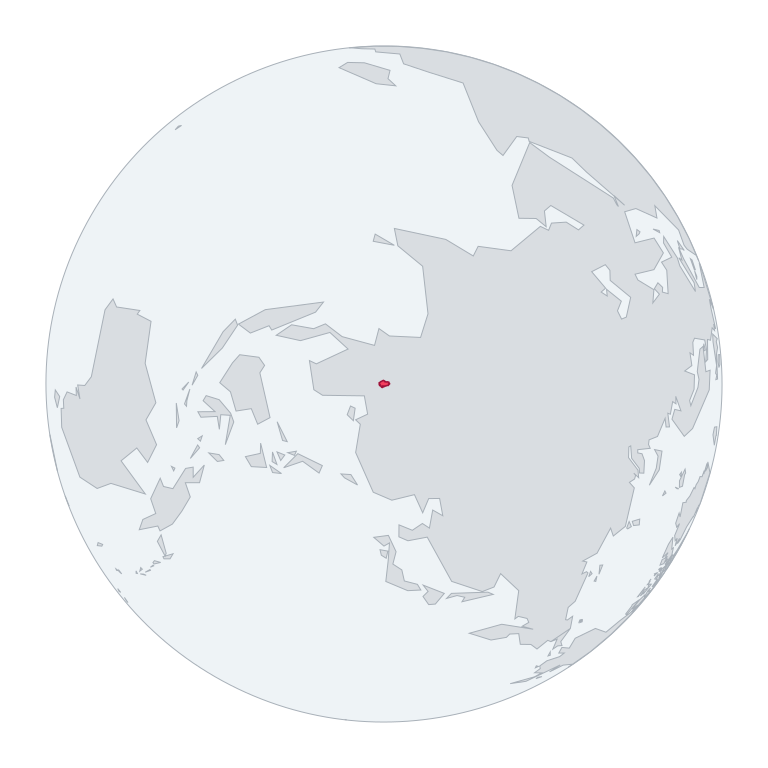 globe centered on Phôngsali, rotated 120°
{"feature_id": "LAO-3291", "entity_name": "Phôngsali", "entity_type": "Province", "adm_level": 1, "iso_a3": "LAO", "parent_name": "Laos", "parent_adm1": "", "projection": "orthographic", "projection_center": [102.249, 21.683], "detail": "medium", "context": "on_globe", "style": "filled", "palette": "rose", "viewbox_px": 768, "rotation_deg": 120, "n_neighbors": 0, "source": "natural_earth", "source_scale": "10m", "svg_char_len": 12114}
<svg xmlns="http://www.w3.org/2000/svg" viewBox="0 0 768 768"><g transform="rotate(120 384 384)"><circle cx="384" cy="384" r="338" fill="#eef3f6" stroke="#a8b0b8"/><path d="M701.3,496.4L700.7,498.4L700.5,498.9L701.3,496.4ZM537.2,82.8L532.5,80.8L537.9,88.3L550.5,96.7L539.2,90.9L570.5,112.4L580.4,124.9L562.4,107.3L555.4,103.1L558.8,109.2L552.3,106.4L550.2,108.1L542.2,104.5L532.3,95.6L526.9,93.4L529.6,98.1L523.2,98.2L520.1,91.5L508.6,91.3L490.0,78.7L488.0,67.7L471.0,61.4L451.2,53.0L446.3,52.3L435.7,50.1L426.0,48.8L425.1,48.6L418.3,47.9L420.9,48.5L418.8,48.6L413.4,48.2L411.3,47.5L413.7,47.6L410.2,47.2L411.5,47.2L407.8,47.0L406.6,46.8L433.7,49.8L460.5,54.9L486.8,62.1L512.5,71.4L537.2,82.8ZM403.9,46.7L399.7,46.6L391.4,46.2L391.7,46.2L403.9,46.7ZM694.3,250.3L694.2,250.0L693.5,248.4L694.3,250.3ZM561.0,104.1L558.4,100.9L563.2,105.1L561.0,104.1ZM551.3,109.0L554.1,111.0L551.9,111.2L551.3,109.0ZM537.5,106.0L532.9,106.1L535.8,104.4L537.5,106.0ZM529.2,105.2L518.4,106.5L523.7,110.7L502.5,100.4L518.7,102.1L521.5,99.1L524.0,102.7L529.2,105.2ZM424.1,48.9L421.0,48.3L428.6,49.4L424.1,48.9ZM429.5,49.7L455.9,54.6L457.8,56.0L448.6,53.7L455.0,56.6L443.0,54.7L436.7,52.8L437.9,52.1L432.4,52.1L429.5,49.7ZM492.6,95.0L488.5,94.4L490.9,93.5L492.6,95.0ZM418.6,48.8L423.7,49.4L425.7,50.5L415.7,49.6L418.3,49.5L418.6,48.8ZM462.6,58.6L462.4,59.7L452.5,58.4L451.1,58.7L442.9,54.9L462.6,58.6ZM415.1,49.0L410.6,49.3L404.8,48.5L413.7,48.4L415.1,49.0ZM430.4,51.3L430.9,52.0L427.4,51.2L430.4,51.3ZM381.4,47.1L387.5,47.1L389.1,47.6L381.4,47.1ZM409.4,49.5L411.4,49.7L412.7,50.1L408.6,50.2L409.4,49.5ZM436.5,54.5L432.4,54.0L439.4,56.0L432.3,55.6L428.1,53.3L426.9,54.1L424.7,54.1L423.7,52.4L436.5,54.5ZM408.4,51.6L400.7,49.4L388.9,48.9L387.2,48.3L406.4,49.3L408.4,51.6ZM417.5,52.1L411.5,51.6L412.4,50.8L417.1,50.7L417.5,52.1ZM429.0,56.3L440.9,57.5L441.4,58.0L429.0,56.3ZM404.8,51.5L406.8,52.1L403.9,51.6L404.8,51.5ZM421.4,54.9L425.5,55.1L426.0,55.6L421.4,54.9ZM407.2,53.4L404.7,52.5L407.8,52.3L407.2,53.4ZM413.6,54.2L413.2,54.9L410.4,52.7L415.3,54.1L413.6,54.2ZM421.1,55.4L422.7,55.8L419.3,55.2L421.1,55.4ZM397.0,55.3L392.8,52.5L399.6,51.8L402.8,54.4L397.0,55.3ZM120.2,172.8L116.5,177.7L115.7,188.8L113.8,193.5L103.3,205.9L94.2,238.6L103.8,230.6L106.1,253.6L114.5,261.7L136.2,237.2L122.6,223.1L130.8,207.6L150.0,207.4L163.4,221.5L167.0,216.1L167.4,197.4L179.4,191.7L168.5,190.4L166.3,197.5L159.4,197.4L161.0,191.0L165.2,188.9L163.7,183.1L144.1,196.0L139.7,204.6L130.3,198.2L122.1,212.4L116.4,215.5L128.1,193.0L133.8,186.9L148.2,160.5L141.3,166.0L127.3,191.8L127.7,188.0L118.3,197.3L125.7,187.2L142.8,159.2L140.3,155.0L121.5,171.6L122.8,169.6L153.6,136.8L154.4,136.1L147.9,144.6L155.8,137.9L170.5,124.3L167.2,128.5L172.4,124.5L171.3,127.9L182.8,123.1L183.7,126.1L200.9,115.9L203.7,116.5L192.7,122.1L185.5,128.3L189.1,138.0L193.5,137.4L204.4,130.3L204.0,134.6L214.1,126.6L222.4,130.1L220.8,119.7L233.6,112.8L245.5,111.1L249.4,107.4L230.0,110.4L222.5,113.5L216.6,118.9L195.9,127.8L191.9,126.5L212.4,111.4L209.0,108.5L226.5,99.4L268.3,94.5L279.2,97.8L270.5,117.0L260.6,119.5L258.8,113.4L248.8,125.2L255.2,121.2L254.9,125.2L267.0,120.9L267.4,123.6L278.4,115.3L280.2,118.2L273.2,123.4L292.7,120.9L299.8,126.5L304.1,124.7L306.6,121.3L314.0,131.4L316.8,129.8L315.4,125.7L320.1,120.1L331.3,114.4L333.3,118.2L329.5,120.7L324.5,132.4L314.2,139.4L316.1,140.5L325.5,135.4L331.6,121.0L337.8,116.6L336.3,123.1L337.3,120.4L341.0,119.5L346.5,122.3L348.8,115.3L386.6,103.8L401.0,109.4L395.5,115.7L424.0,114.9L438.0,123.4L436.7,119.3L449.5,117.6L445.3,114.8L445.6,112.9L476.6,109.8L485.4,112.8L497.3,108.9L496.7,107.2L490.8,104.5L502.5,100.4L523.7,110.7L524.1,114.0L537.0,119.0L536.1,126.5L541.3,135.8L532.8,142.5L537.7,150.1L542.2,151.3L552.2,163.3L557.2,185.5L533.2,161.9L521.8,132.2L524.7,143.2L518.1,139.4L515.5,142.9L518.1,151.5L522.0,153.2L495.6,164.0L489.9,188.2L504.8,187.2L514.6,195.1L521.1,226.7L495.0,270.0L507.8,284.9L508.9,294.7L498.5,300.6L496.5,286.3L485.6,281.0L486.1,272.6L468.8,278.8L468.7,267.2L455.3,278.6L460.9,288.0L476.2,286.1L464.6,302.3L480.7,319.1L483.1,339.2L457.5,374.3L430.7,384.4L429.2,390.7L418.3,383.1L404.1,395.1L424.5,431.6L424.0,441.9L401.0,460.3L400.4,452.7L371.7,432.6L366.4,456.6L388.2,478.0L395.7,501.7L378.9,493.6L371.3,472.6L361.2,464.8L363.9,443.9L355.3,411.5L338.5,416.1L339.7,403.3L325.4,375.6L301.2,381.0L262.7,409.4L257.4,441.1L244.1,452.8L227.9,402.8L228.5,370.7L217.7,371.3L205.1,340.6L169.3,327.4L168.6,318.3L160.9,319.4L152.7,307.1L153.3,292.6L146.4,290.3L146.0,328.8L153.9,331.6L166.7,322.2L164.6,335.0L173.0,350.0L148.0,372.4L102.1,378.5L104.9,353.9L108.3,278.3L112.3,272.1L112.6,271.3L113.1,269.7L105.8,279.1L108.9,265.0L99.2,314.6L94.3,334.2L101.3,379.6L98.8,382.1L103.3,392.8L126.6,395.2L125.2,402.9L109.6,433.2L83.8,466.0L91.5,500.7L96.9,527.1L90.3,535.3L100.5,557.2L98.5,559.4L104.8,570.9L108.6,579.1L110.3,582.2L96.7,561.9L84.6,540.7L74.1,518.6L65.1,495.9L57.9,472.6L52.3,448.8L48.5,424.6L46.5,400.3L46.2,375.8L47.7,351.4L50.9,327.2L55.9,303.3L62.6,279.8L70.9,256.8L80.9,234.5L92.5,213.0L105.6,192.4L120.2,172.8ZM170.0,252.0L182.9,260.3L190.2,240.0L195.8,241.9L196.2,234.7L190.7,238.6L193.6,219.9L203.9,218.4L209.0,210.7L204.9,207.6L185.6,213.7L181.2,239.9L172.6,245.2L170.0,252.0ZM202.3,102.2L197.5,105.9L191.6,109.2L190.6,108.0L199.2,102.8L202.3,102.2ZM192.3,110.8L212.9,97.6L214.3,98.8L210.0,100.2L208.9,102.2L201.7,105.2L182.9,120.2L176.4,124.3L178.1,118.1L181.1,117.5L185.6,113.4L192.3,110.8ZM263.0,70.6L271.9,67.3L263.5,73.7L256.1,76.2L254.6,74.4L262.5,70.4L263.0,70.6ZM375.4,46.2L386.4,46.3L405.5,47.1L406.2,47.8L401.7,48.1L397.2,48.0L398.2,47.4L391.5,47.7L389.4,46.9L384.1,47.1L361.5,46.9L364.9,46.6L356.4,47.2L375.4,46.2ZM328.3,50.7L331.2,50.3L331.6,50.8L337.9,49.6L339.9,49.8L334.1,50.7L344.3,49.5L344.4,50.0L356.3,50.5L370.9,49.6L375.6,50.1L369.9,50.8L378.6,51.0L371.0,52.9L374.2,53.5L369.9,56.5L357.1,58.2L361.7,58.9L358.7,61.8L348.2,63.9L351.1,61.1L337.4,65.8L335.3,63.2L333.8,63.9L328.1,63.1L318.6,63.7L319.2,62.4L315.2,63.3L311.3,63.1L306.1,64.0L305.3,62.2L298.8,63.4L302.1,62.0L291.2,64.6L299.0,62.0L294.7,62.1L289.5,64.6L297.7,57.5L296.2,57.7L328.3,50.7ZM395.4,56.0L380.6,57.5L372.1,57.2L383.1,52.3L381.2,51.5L388.0,49.3L400.1,50.1L397.0,50.5L396.9,51.2L393.2,50.7L396.1,51.7L392.0,52.5L393.1,53.7L388.0,53.7L395.4,56.0ZM118.2,190.7L117.9,193.1L119.0,195.3L113.1,201.7L118.2,190.7ZM129.4,171.5L130.1,172.1L122.3,181.3L122.6,179.2L129.4,171.5ZM137.2,165.3L130.8,171.5L134.4,166.9L137.2,165.3ZM194.0,122.7L195.6,123.5L193.1,125.4L189.2,127.2L194.0,122.7ZM307.2,80.7L310.2,78.3L312.3,78.3L323.3,74.4L325.8,76.5L320.1,79.7L307.2,80.7ZM130.1,239.4L123.8,242.2L124.2,238.4L126.3,238.1L130.1,239.4ZM115.1,220.9L115.3,228.5L113.5,222.5L115.1,220.9ZM311.7,82.3L316.0,80.3L314.6,82.7L311.7,82.3ZM328.2,77.9L327.7,80.3L327.4,76.3L328.2,77.9ZM261.3,688.6L268.3,692.0L263.5,691.0L261.3,688.6ZM127.9,541.0L132.5,581.1L123.7,576.3L115.6,561.5L109.4,535.6L117.6,533.2L119.9,522.9L127.9,541.0ZM479.9,554.1L489.7,555.0L489.3,556.4L479.9,554.1ZM469.6,549.6L481.0,549.6L467.5,552.7L469.6,549.6ZM485.4,549.6L497.0,546.4L502.0,543.9L501.0,546.8L485.4,549.6ZM461.8,549.8L419.2,549.5L402.2,545.2L406.3,540.2L433.7,542.0L461.8,549.8ZM404.9,540.0L379.0,524.0L343.3,477.4L356.0,479.2L393.4,508.2L391.0,512.7L406.7,525.2L404.9,540.0ZM467.5,513.1L465.0,526.9L441.5,525.8L430.8,523.6L423.4,505.7L427.6,496.7L436.4,497.1L470.1,465.9L482.0,473.3L471.7,486.6L481.4,498.6L467.5,513.1ZM258.7,444.4L265.8,464.7L258.6,466.6L258.7,444.4ZM483.6,443.6L470.1,457.7L482.3,439.0L483.6,443.6ZM490.6,425.9L491.6,433.0L486.0,426.3L490.6,425.9ZM429.0,400.5L419.8,402.0L419.4,396.9L431.1,392.2L429.0,400.5ZM484.7,356.4L485.0,371.2L483.4,376.3L479.0,367.4L484.7,356.4ZM339.0,103.6L320.8,106.1L309.4,110.6L305.5,116.9L303.1,109.7L320.8,102.7L339.0,103.6ZM380.5,103.0L383.8,98.5L387.6,100.5L387.4,101.8L380.5,103.0ZM378.8,100.3L373.1,95.0L378.4,92.5L381.8,97.1L378.8,100.3ZM341.7,86.9L336.2,87.3L337.5,85.2L341.7,86.9ZM597.1,646.2L594.9,648.0L622.6,623.3L597.1,646.2ZM553.5,665.7L557.0,658.6L567.9,655.0L560.2,662.6L553.5,665.7ZM640.3,604.2L647.1,595.6L642.4,601.7L640.3,604.2ZM524.0,641.1L459.2,662.7L445.8,661.2L451.0,654.1L442.4,632.2L446.9,632.6L446.2,617.1L485.5,601.2L514.3,572.2L534.1,572.2L550.3,550.6L570.1,549.5L563.0,566.1L582.0,573.3L598.6,535.7L606.6,570.8L617.9,580.2L616.7,600.8L582.6,641.5L566.6,651.4L565.1,649.2L558.0,653.8L549.3,654.5L547.8,644.7L540.6,649.2L549.0,639.8L538.0,648.8L534.9,642.4L524.0,641.1ZM663.6,547.4L665.5,547.3L667.3,551.5L664.3,552.3L663.6,547.4ZM696.1,507.8L696.0,509.9L694.3,512.3L696.1,507.8ZM700.5,498.9L698.6,502.1L701.3,496.4L700.5,498.9ZM678.5,520.8L679.1,522.5L678.1,523.8L678.5,520.8ZM677.8,520.5L679.6,516.2L678.8,519.9L677.8,520.5ZM669.8,505.3L671.4,502.8L671.9,504.0L669.8,505.3ZM504.3,554.4L518.3,543.1L525.7,541.7L504.3,554.4ZM668.2,501.9L664.6,502.9L665.2,500.7L668.2,501.9ZM668.8,497.0L668.6,494.3L670.3,500.2L668.8,497.0ZM662.2,493.1L666.4,496.7L661.7,493.9L662.2,493.1ZM659.5,494.7L656.3,493.4L656.6,492.5L659.5,494.7ZM620.1,508.9L632.6,523.1L621.9,525.1L610.3,516.9L600.0,528.7L577.5,530.7L583.0,523.7L580.2,514.5L556.3,513.6L551.4,507.7L560.2,502.6L544.0,499.1L561.7,494.4L568.8,506.7L578.7,495.3L595.3,495.5L611.1,497.2L623.2,504.5L620.1,508.9ZM561.4,523.0L564.4,522.7L561.6,526.9L561.4,523.0ZM650.2,488.2L654.8,493.1L654.2,494.8L651.8,494.5L650.2,488.2ZM626.1,501.6L639.5,488.0L642.5,487.5L633.6,501.6L626.1,501.6ZM636.5,481.8L642.4,481.9L645.4,487.1L644.1,489.1L636.5,481.8ZM525.3,514.4L524.5,518.0L519.8,515.5L525.3,514.4ZM531.4,511.8L545.3,514.5L530.0,514.9L531.4,511.8ZM488.0,501.5L492.2,510.0L505.6,503.9L495.4,512.2L504.3,525.9L501.1,531.3L492.4,516.5L488.9,532.3L483.0,532.2L480.0,518.9L486.0,502.2L492.0,495.1L515.9,491.1L488.0,501.5ZM531.3,501.3L527.6,491.5L530.3,484.5L534.4,489.6L531.3,501.3ZM516.2,467.7L505.9,456.4L496.9,461.3L515.0,443.9L521.9,457.6L516.2,467.7ZM507.1,442.1L498.6,446.6L507.2,436.5L507.1,442.1ZM496.3,442.7L495.1,434.4L501.9,435.2L496.3,442.7ZM511.6,442.2L512.8,428.0L516.4,436.2L511.6,442.2ZM491.6,415.8L506.7,429.0L487.4,423.8L485.5,396.6L493.6,395.7L491.6,415.8ZM529.5,304.6L526.8,297.1L533.8,295.0L533.6,300.7L529.5,304.6ZM554.1,283.7L534.8,292.1L518.9,299.8L524.4,303.0L521.9,316.2L512.9,304.5L523.2,289.7L535.5,286.3L536.1,275.6L544.4,267.9L540.8,254.9L544.0,249.1L551.1,260.1L554.1,283.7ZM538.6,249.5L535.2,227.1L548.9,229.5L552.7,235.0L548.5,244.0L541.6,242.1L538.6,249.5ZM538.4,222.6L531.6,220.9L512.3,189.9L511.6,184.2L533.6,207.6L528.3,207.4L530.7,215.0L538.4,222.6ZM490.4,96.4L488.7,94.6L492.4,96.1L490.4,96.4ZM443.0,111.4L444.2,109.0L448.5,110.4L443.0,111.4ZM449.6,103.5L443.9,103.5L449.1,101.9L449.6,103.5ZM431.4,104.1L441.3,102.7L433.0,106.4L431.4,104.1Z" fill="#d9dde1" stroke="#a8b0b8" stroke-width="1"/><path d="M381.3,379.2L381.5,379.3L381.6,379.7L381.8,379.9L382.0,379.6L382.4,379.5L382.6,379.5L383.1,379.6L383.2,379.8L383.3,379.8L383.4,380.1L383.5,380.2L383.5,380.3L383.7,380.6L383.8,380.7L383.9,380.8L384.2,380.9L384.6,381.3L384.8,381.4L384.9,381.5L384.9,381.8L385.3,382.0L385.2,382.2L385.3,382.4L385.5,382.5L385.9,382.7L386.1,383.1L386.1,383.4L386.1,383.9L386.1,384.0L386.6,384.1L386.8,384.0L386.9,383.8L386.9,383.7L387.0,383.2L387.2,383.4L387.2,383.8L387.3,383.9L387.8,383.7L387.9,383.9L387.9,384.3L388.0,384.6L387.5,385.1L387.3,385.5L387.6,385.3L387.5,385.7L387.4,386.2L387.4,386.3L387.2,386.3L387.0,386.5L387.3,386.5L387.5,386.6L387.5,387.0L387.3,387.2L387.1,387.2L387.1,387.3L387.0,387.7L387.0,387.8L386.8,387.9L386.7,387.9L386.3,388.1L386.2,388.3L385.9,388.3L385.7,388.4L385.4,388.8L385.1,388.7L384.7,388.5L384.3,388.2L384.2,388.1L383.8,387.9L383.6,388.0L383.4,387.9L383.1,387.7L382.8,387.3L382.7,387.2L382.2,387.1L381.6,386.7L381.5,386.4L381.2,386.3L381.1,386.2L381.1,385.8L381.1,385.2L381.3,385.0L381.2,384.8L381.2,384.7L381.3,384.6L381.5,384.6L381.6,384.4L381.3,384.2L381.1,383.8L381.2,383.6L381.3,383.3L381.3,383.2L381.1,383.0L381.0,382.9L380.9,382.7L380.7,382.5L380.5,382.4L380.4,382.0L380.2,381.6L380.3,381.2L380.2,381.1L380.0,380.8L380.0,380.7L380.4,380.5L380.5,380.5L380.6,380.1L380.7,379.6L380.8,379.5L380.9,379.3L381.1,379.2L381.3,379.2Z" fill="#f43f5e" stroke="#9f1239" stroke-width="1.5"/></g></svg>